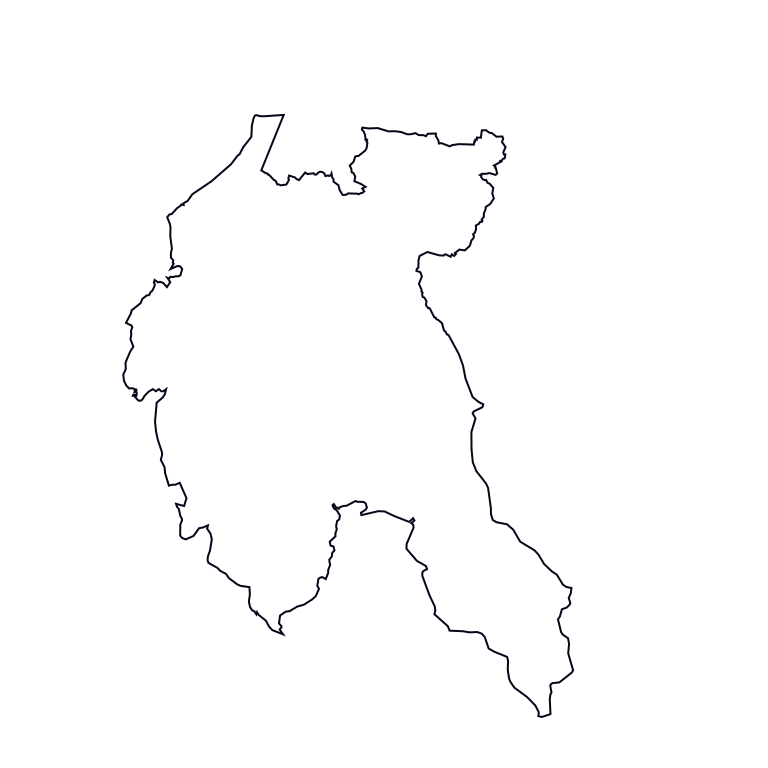 the district of Sisesti, Maramures, Romania, rotated 107°
{"feature_id": "2599482B36678783757762", "entity_name": "Sisesti", "entity_type": "district", "adm_level": 2, "iso_a3": "ROU", "parent_name": "Romania", "parent_adm1": "Maramures", "projection": "mercator", "projection_center": [23.745, 47.637], "detail": "fine", "context": "isolated", "style": "outline", "palette": "ink", "viewbox_px": 768, "rotation_deg": 107, "n_neighbors": 0, "source": "geoboundaries", "source_scale": "gbopen_adm2", "svg_char_len": 6154}
<svg xmlns="http://www.w3.org/2000/svg" viewBox="0 0 768 768"><g transform="rotate(107 384 384)"><path d="M390.7,646.7L401.0,648.6L401.9,642.8L403.2,641.3L407.1,641.5L411.2,640.0L415.2,639.6L421.6,634.6L427.1,636.2L436.6,637.2L439.6,637.3L445.2,635.3L451.4,636.1L457.1,633.5L460.8,630.0L462.8,626.4L461.7,623.7L461.6,622.0L462.4,621.0L461.6,619.7L462.4,618.9L463.4,620.1L464.5,620.2L464.0,619.3L464.3,618.1L466.5,617.5L467.5,620.6L468.6,620.7L467.0,616.8L469.0,618.5L471.7,614.0L471.1,611.8L469.4,610.5L465.3,609.5L460.4,607.0L456.5,603.6L457.6,600.0L454.7,597.8L456.1,594.8L455.4,592.8L452.7,590.9L457.7,590.6L461.3,591.5L468.3,595.9L486.8,592.0L496.1,588.1L503.6,583.9L513.4,576.9L516.4,575.5L521.9,575.2L527.6,569.6L533.2,567.3L544.1,560.0L542.2,557.0L541.3,554.0L538.2,550.5L550.9,539.5L559.1,539.5L559.4,547.8L561.8,546.2L563.6,543.6L569.6,540.3L571.9,537.9L573.3,537.3L578.0,537.7L588.5,534.6L590.3,532.1L590.5,528.1L585.1,521.8L576.0,518.7L574.2,515.3L570.7,511.0L574.0,510.9L577.7,506.3L582.7,503.3L594.2,501.7L600.0,502.0L604.2,501.2L606.4,499.5L608.6,489.4L610.5,486.2L611.8,479.6L615.0,475.5L618.5,465.9L619.0,462.1L617.6,453.3L624.6,450.7L631.6,449.6L636.6,446.8L638.9,444.0L639.3,441.4L641.6,438.7L639.4,438.7L641.4,436.5L644.9,427.7L649.6,423.0L652.0,418.9L652.9,407.3L649.3,412.0L646.6,410.9L645.5,411.4L643.7,414.4L635.8,415.7L630.4,411.4L628.9,407.9L622.3,402.0L618.5,396.1L610.6,389.4L606.7,387.2L598.9,386.3L596.4,388.8L589.6,389.7L587.8,388.4L586.7,386.5L587.6,382.7L580.8,382.1L578.3,383.0L572.8,382.6L568.2,385.0L564.3,383.5L560.4,384.1L557.6,382.7L554.1,384.8L554.2,387.8L550.6,389.8L543.9,385.9L541.0,386.8L536.6,386.7L534.1,388.2L528.8,388.8L526.6,387.2L522.7,387.7L518.6,392.2L517.9,394.8L516.7,396.5L514.8,397.8L513.5,396.9L516.3,393.5L515.9,392.9L516.5,390.7L514.8,390.3L512.7,387.5L511.2,384.0L504.2,377.0L504.5,375.2L502.8,369.4L503.5,366.6L507.3,364.2L509.6,364.8L513.8,368.4L516.0,367.3L507.3,352.3L505.7,346.2L507.3,335.5L508.5,319.7L503.8,316.9L505.7,315.0L509.1,317.3L509.9,314.9L512.8,313.7L530.4,315.6L535.0,314.3L543.6,300.7L545.8,290.7L548.5,288.7L551.1,291.5L553.1,292.2L556.2,291.3L572.7,278.8L581.8,270.5L585.5,268.7L589.4,268.5L596.9,252.2L600.7,249.1L597.4,236.4L596.5,229.6L593.9,222.2L594.2,217.5L596.5,213.7L606.3,206.6L607.8,200.4L609.0,186.5L612.4,184.4L621.2,182.1L629.2,178.2L632.1,175.8L636.3,170.5L641.5,155.7L647.2,145.3L652.6,140.0L656.5,139.3L656.3,135.7L651.0,128.3L636.7,133.4L631.9,134.1L630.2,133.6L623.9,136.8L622.5,136.7L620.9,135.6L618.1,129.1L605.3,120.2L602.6,119.4L587.7,129.1L578.2,131.1L573.3,133.7L571.5,139.6L569.5,142.1L558.2,148.8L554.8,147.8L547.4,148.0L544.3,143.8L540.3,141.8L538.7,141.9L534.7,144.8L529.8,144.2L524.3,145.1L524.8,150.2L523.6,154.2L515.8,163.0L514.1,168.7L509.3,178.3L501.9,186.5L499.0,191.6L495.0,207.6L485.5,217.9L482.2,225.4L483.3,235.9L482.3,240.2L477.3,243.6L471.0,245.7L452.9,254.1L449.4,257.3L440.3,270.2L432.9,276.2L420.6,281.3L404.3,286.4L390.2,286.4L386.1,290.7L383.8,290.0L377.4,283.1L374.4,283.1L373.5,288.4L370.5,295.5L354.7,307.8L343.3,313.8L333.5,321.2L318.2,336.7L318.2,338.3L315.9,340.6L315.2,342.3L308.9,346.3L306.9,350.9L306.8,352.7L305.4,354.0L305.6,355.4L298.5,362.1L298.1,362.9L298.6,363.9L296.2,367.0L292.5,367.5L289.5,370.7L289.5,372.3L287.4,373.7L285.4,373.8L284.7,375.2L282.9,375.6L278.0,379.9L270.1,379.2L266.5,381.8L266.3,386.1L264.3,386.2L262.5,385.2L255.5,387.2L251.1,387.4L245.1,381.1L244.8,368.6L243.7,364.5L242.7,364.2L242.0,363.0L242.8,357.4L240.2,357.1L241.0,354.3L238.7,353.2L238.1,354.5L233.4,351.2L232.6,345.7L226.6,342.3L221.2,342.4L218.1,341.0L216.2,341.3L214.9,342.5L212.6,341.3L209.0,341.2L205.6,342.5L202.8,339.9L201.0,339.6L200.2,337.7L199.0,337.7L198.3,338.7L194.9,337.4L191.7,338.4L187.4,337.9L185.1,338.5L180.8,335.1L174.5,333.2L170.0,336.2L164.5,336.8L161.5,341.7L161.3,343.9L158.9,346.0L159.6,347.0L159.3,349.4L157.7,351.6L156.4,351.7L156.1,353.3L154.3,351.7L153.0,347.5L151.5,345.0L151.4,338.4L149.6,337.3L144.5,340.4L144.6,341.0L143.4,341.2L142.9,342.7L137.4,337.3L137.3,338.2L136.8,338.2L135.5,336.6L133.7,336.0L133.1,334.7L132.2,334.5L129.0,335.1L129.5,336.3L127.5,337.7L121.9,337.0L118.1,341.9L114.4,341.8L112.7,343.2L114.6,348.7L112.5,354.3L112.9,356.6L111.5,360.7L112.8,364.6L120.2,363.4L121.1,367.1L123.3,366.7L123.4,368.0L125.5,367.8L125.5,368.5L128.8,368.1L132.7,382.5L135.7,388.8L137.5,390.5L136.9,399.6L138.0,401.8L135.3,403.1L131.6,407.0L129.3,407.6L131.9,415.3L134.8,416.3L134.5,418.8L135.8,423.7L134.9,427.2L137.4,431.6L138.4,434.9L138.0,441.4L139.1,447.6L141.1,453.5L141.1,464.8L144.0,473.1L145.2,479.7L147.2,479.5L148.3,477.5L151.2,475.0L155.7,473.1L155.1,472.4L155.5,471.4L157.5,471.5L158.1,470.4L163.6,469.6L166.3,470.2L173.3,475.0L174.7,478.0L180.5,478.1L185.1,480.6L187.8,478.2L191.1,476.7L191.2,474.9L193.9,472.2L198.7,471.6L199.5,464.2L200.9,459.3L203.4,462.0L205.5,459.2L208.0,460.9L208.2,462.0L209.9,463.6L209.9,465.5L212.2,474.0L214.2,475.7L215.3,478.9L211.4,483.2L207.2,485.7L205.3,491.3L202.9,492.2L201.6,494.0L198.0,495.8L200.0,496.0L201.2,497.4L200.9,498.6L202.3,500.8L200.0,502.7L199.4,504.7L199.6,507.0L201.1,508.7L203.4,509.8L203.9,511.0L203.9,511.9L203.0,512.8L205.6,518.6L204.8,521.2L213.9,524.9L213.6,527.4L212.5,529.6L212.4,535.7L215.3,535.6L216.6,534.5L221.8,535.7L224.2,540.8L223.9,543.1L224.4,544.3L221.4,547.0L221.0,549.1L217.7,554.8L217.6,556.3L216.8,556.7L217.0,558.5L215.6,563.8L156.0,558.6L163.3,577.7L164.1,581.0L164.2,584.4L164.9,585.9L167.9,586.4L175.5,585.9L186.4,583.1L198.8,587.9L206.6,589.3L208.0,590.6L218.5,594.5L240.5,608.2L258.6,622.8L266.3,625.3L269.8,628.6L271.4,627.9L271.5,630.3L272.7,630.4L276.0,633.1L283.5,636.7L284.7,638.8L287.9,640.1L293.6,635.5L296.8,633.9L304.9,631.7L316.6,626.4L321.4,626.0L325.6,624.6L327.3,621.7L329.8,621.5L330.5,620.3L336.5,621.7L331.8,616.4L331.3,615.1L331.3,612.9L333.1,610.6L339.7,610.5L341.4,612.6L341.7,614.4L343.5,617.2L343.9,619.6L345.8,620.3L345.7,622.3L349.1,618.2L354.8,619.9L351.8,624.9L351.8,627.9L352.9,629.9L351.6,633.8L354.4,633.7L355.6,632.3L357.6,632.1L362.4,632.8L364.5,634.1L367.7,634.6L368.6,636.7L373.3,640.0L377.9,640.4L387.2,646.8L390.7,646.7Z" fill="none" stroke="#020617" stroke-width="2"/></g></svg>